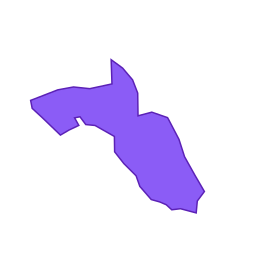 Katydata, Nicosia, Cyprus (orthographic projection), rotated 207°
{"feature_id": "46923920B20193016295799", "entity_name": "Katydata", "entity_type": "district", "adm_level": 2, "iso_a3": "CYP", "parent_name": "Cyprus", "parent_adm1": "Nicosia", "projection": "orthographic", "projection_center": [32.912, 35.095], "detail": "fine", "context": "isolated", "style": "filled", "palette": "violet", "viewbox_px": 256, "rotation_deg": 207, "n_neighbors": 0, "source": "geoboundaries", "source_scale": "gbopen_adm2", "svg_char_len": 645}
<svg xmlns="http://www.w3.org/2000/svg" viewBox="0 0 256 256"><g transform="rotate(207 128 128)"><path d="M31.1,106.1L46.8,116.2L63.4,127.3L64.5,128.0L77.4,141.0L95.7,154.0L97.5,155.2L114.0,152.9L124.6,143.4L135.2,163.5L145.8,173.0L152.8,175.9L159.9,178.9L174.0,181.2L162.3,160.0L179.9,145.7L195.2,139.8L207.9,130.1L215.4,121.7L227.3,108.4L222.3,102.0L209.4,98.4L185.0,91.0L179.7,99.3L173.0,108.0L180.2,112.8L175.9,116.2L167.2,111.9L158.5,115.3L136.3,114.3L129.1,100.7L115.5,94.4L99.1,89.1L90.9,81.3L74.8,74.8L66.3,76.5L59.1,77.0L51.9,75.0L44.6,79.9L28.7,83.3L33.1,94.4L31.1,106.1Z" fill="#8b5cf6" stroke="#5b21b6" stroke-width="1.5"/></g></svg>